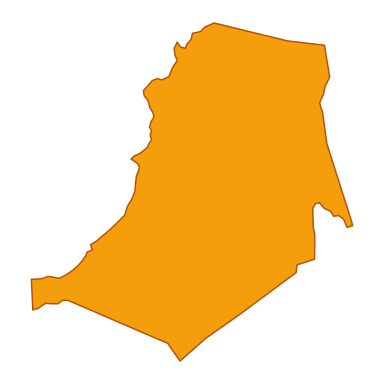 São José do Campestre, Rio Grande do Norte, Brazil (Mercator projection)
{"feature_id": "56859067B48903560700593", "entity_name": "São José do Campestre", "entity_type": "district", "adm_level": 2, "iso_a3": "BRA", "parent_name": "Brazil", "parent_adm1": "Rio Grande do Norte", "projection": "mercator", "projection_center": [-35.766, -6.302], "detail": "fine", "context": "isolated", "style": "filled", "palette": "amber", "viewbox_px": 384, "rotation_deg": 0, "n_neighbors": 0, "source": "geoboundaries", "source_scale": "gbopen_adm2", "svg_char_len": 1328}
<svg xmlns="http://www.w3.org/2000/svg" viewBox="0 0 384 384"><path d="M214.1,23.0L209.9,24.9L204.7,27.1L200.9,31.3L196.5,32.5L192.5,33.3L191.0,39.6L187.0,44.1L185.3,48.3L180.6,47.0L177.2,42.3L174.1,48.3L174.9,54.8L177.4,60.7L174.0,65.1L172.0,68.9L168.9,76.7L161.7,79.9L157.1,78.6L152.2,80.6L146.9,86.9L143.4,90.6L144.2,95.8L147.8,100.2L150.0,108.1L152.9,112.3L153.9,116.8L150.9,122.0L149.5,127.3L151.6,130.9L150.2,134.9L151.6,139.9L149.1,143.3L147.5,147.3L143.3,150.8L139.3,153.9L134.6,155.7L131.1,159.1L137.7,163.6L139.6,167.4L136.4,176.3L135.5,183.5L135.1,190.6L131.8,199.2L127.5,206.2L124.8,215.0L119.0,220.9L110.8,228.9L102.5,235.9L96.7,240.9L90.6,244.8L92.3,249.9L87.2,252.0L85.6,255.9L82.8,260.0L79.0,264.6L74.6,268.8L70.8,271.7L64.6,275.7L59.0,278.4L52.3,276.9L47.7,276.4L43.0,278.4L37.6,279.1L31.4,279.3L32.8,309.8L37.7,308.6L45.7,303.3L51.0,303.7L58.3,303.7L62.3,300.3L67.9,300.3L142.2,332.4L167.7,343.3L180.0,361.0L205.9,338.2L226.3,323.9L238.5,315.3L296.1,272.6L297.1,264.8L314.6,259.2L314.8,234.9L313.4,228.0L312.7,208.9L315.3,203.6L319.5,202.8L324.2,208.3L330.9,211.5L333.5,216.2L338.7,215.6L343.5,219.1L347.1,227.4L352.6,225.6L351.6,221.5L326.8,143.5L322.5,111.7L320.6,107.2L319.7,102.5L323.5,94.3L325.1,86.4L329.7,77.0L324.4,45.2L287.3,40.9L214.1,23.0Z" fill="#f59e0b" stroke="#b45309" stroke-width="1.5"/></svg>